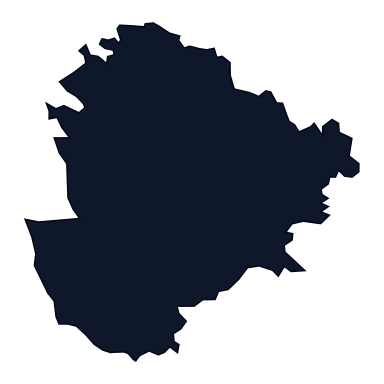 the district of Guzar, Kashkadarya, Uzbekistan
{"feature_id": "79887680B36641058684147", "entity_name": "Guzar", "entity_type": "district", "adm_level": 2, "iso_a3": "UZB", "parent_name": "Uzbekistan", "parent_adm1": "Kashkadarya", "projection": "natural_earth1", "projection_center": [66.156, 38.52], "detail": "fine", "context": "isolated", "style": "filled", "palette": "ink", "viewbox_px": 384, "rotation_deg": 0, "n_neighbors": 0, "source": "geoboundaries", "source_scale": "gbopen_adm2", "svg_char_len": 1832}
<svg xmlns="http://www.w3.org/2000/svg" viewBox="0 0 384 384"><path d="M59.0,324.0L67.8,324.0L76.3,326.1L85.8,334.8L94.4,344.5L102.9,350.1L110.8,352.6L114.0,352.2L123.8,351.9L128.2,353.5L133.3,359.4L135.5,360.9L135.7,361.0L139.5,355.7L149.1,350.9L158.5,354.8L164.3,352.4L169.8,346.8L177.5,352.7L178.9,344.5L174.0,341.5L173.3,333.7L180.8,328.9L186.3,321.2L178.9,313.6L177.0,306.2L194.3,306.1L202.7,299.7L215.1,299.5L218.5,291.4L228.1,289.5L238.6,279.4L247.5,267.7L259.1,265.9L272.6,270.3L278.3,276.2L284.3,266.4L291.2,271.5L304.9,270.6L284.9,252.0L284.2,245.4L292.2,239.9L292.7,233.7L285.7,232.3L292.0,223.8L303.3,221.2L320.6,223.6L329.4,215.2L320.8,211.7L328.4,206.5L320.6,203.1L328.1,198.3L321.9,194.5L321.2,189.1L328.3,183.9L329.7,177.0L335.5,177.1L338.5,170.2L344.6,176.1L352.1,177.1L358.8,171.9L358.9,163.7L349.1,156.0L351.9,138.4L339.2,132.4L338.5,123.3L332.0,119.5L322.7,126.7L322.6,135.7L314.1,123.2L310.7,126.8L299.0,131.9L294.6,124.8L289.2,121.4L286.4,114.3L282.5,103.2L276.7,103.0L270.6,91.8L265.7,90.9L258.9,96.5L249.5,92.6L234.2,89.0L230.2,75.3L230.0,62.6L222.2,56.3L216.8,57.4L214.1,48.3L207.0,49.8L199.9,48.8L189.6,46.2L184.2,48.1L178.5,40.2L179.8,36.1L169.4,33.1L160.4,27.1L153.4,23.0L145.3,23.8L144.2,26.8L131.3,25.8L119.7,25.2L117.1,28.8L120.7,40.0L118.6,43.2L114.5,38.2L108.3,40.2L102.1,38.8L99.5,44.1L104.8,48.3L113.1,50.1L114.3,54.7L107.6,56.6L106.7,63.6L98.1,56.4L90.2,55.1L85.8,44.7L79.0,50.8L84.4,55.4L85.9,63.2L73.8,72.5L59.5,81.7L67.3,90.9L76.4,96.4L83.3,103.5L84.9,107.6L79.0,112.8L63.8,105.6L55.9,108.8L46.4,103.3L49.2,111.1L49.1,118.9L57.0,117.4L61.8,127.4L69.6,137.8L54.2,137.9L59.4,153.2L66.8,163.6L68.0,197.8L73.2,209.4L79.7,218.5L38.7,222.0L25.1,219.3L31.9,237.1L35.8,253.6L34.4,265.5L42.5,282.1L47.7,292.9L54.2,301.2L56.1,316.9L59.0,324.0Z" fill="#0f172a" stroke="#020617" stroke-width="1.5"/></svg>